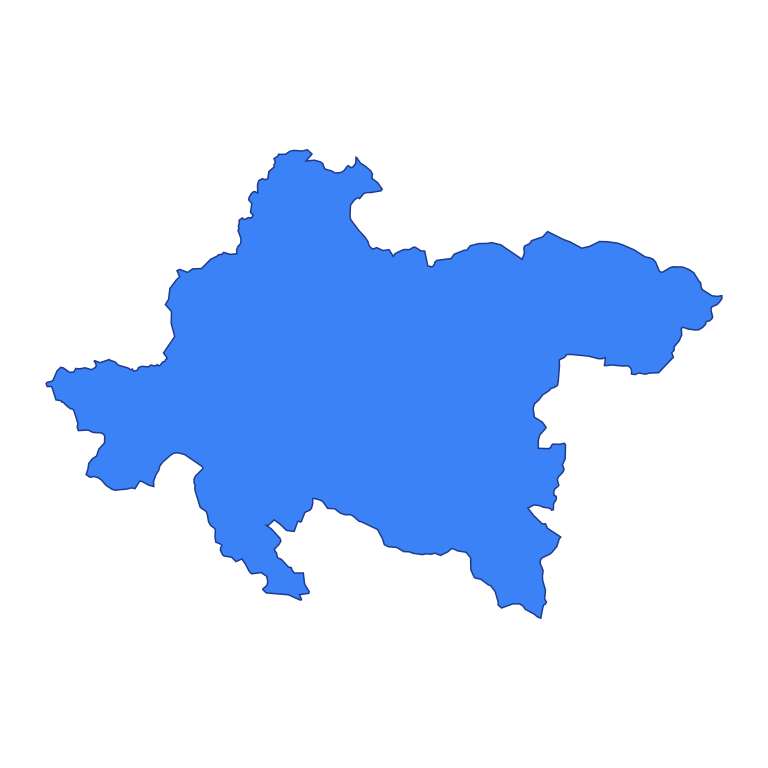 the district of Thuan Chau, Son La, Vietnam
{"feature_id": "81297802B46916310956334", "entity_name": "Thuan Chau", "entity_type": "district", "adm_level": 2, "iso_a3": "VNM", "parent_name": "Vietnam", "parent_adm1": "Son La", "projection": "albers", "projection_center": [103.593, 21.415], "detail": "fine", "context": "isolated", "style": "filled", "palette": "blue", "viewbox_px": 768, "rotation_deg": 0, "n_neighbors": 0, "source": "geoboundaries", "source_scale": "gbopen_adm2", "svg_char_len": 6089}
<svg xmlns="http://www.w3.org/2000/svg" viewBox="0 0 768 768"><path d="M135.0,488.7L139.6,481.2L141.8,481.4L148.8,485.2L153.8,486.5L153.5,481.6L155.8,475.0L158.7,470.4L159.8,466.1L162.6,462.2L170.4,455.3L173.9,453.1L178.1,452.8L184.8,454.6L202.0,466.4L203.0,467.8L202.5,469.1L195.5,476.0L194.0,479.1L194.1,483.1L195.3,485.4L194.8,486.8L195.0,490.3L200.2,507.3L205.9,511.3L207.1,513.4L208.6,521.9L210.6,525.4L214.6,528.4L215.4,530.2L215.0,536.9L215.8,542.1L220.8,544.2L221.9,545.3L220.6,548.0L220.4,550.2L222.5,554.7L224.0,556.0L231.6,557.2L236.0,561.6L241.9,558.9L245.7,564.6L249.4,571.6L251.5,573.8L261.1,572.6L266.7,576.3L267.8,582.1L266.7,585.7L262.8,588.9L262.8,589.6L266.2,592.9L288.5,594.8L300.0,600.0L301.3,599.9L301.4,598.9L299.3,594.7L308.9,593.3L309.1,591.4L305.1,585.1L304.4,582.7L303.3,573.0L294.2,573.0L292.1,570.2L291.2,567.6L288.3,567.0L281.5,559.4L277.9,557.9L277.2,556.8L276.5,552.9L274.4,550.2L274.8,548.7L278.9,544.5L280.8,541.2L280.6,539.9L279.9,538.2L271.4,528.9L266.2,525.3L268.5,525.2L274.3,519.9L280.0,524.1L286.5,530.4L294.2,531.4L297.6,521.7L298.6,521.2L300.4,522.1L301.3,521.6L304.9,512.4L310.0,510.1L311.5,508.2L312.7,503.6L312.7,498.7L313.8,498.4L320.4,500.1L322.8,501.6L327.7,508.4L334.6,508.7L340.3,513.1L345.3,514.8L349.7,514.6L352.3,515.4L359.0,521.2L361.5,521.8L377.6,529.5L382.5,538.8L384.3,544.6L388.4,546.7L396.6,547.4L403.7,551.6L409.3,551.8L412.6,553.2L422.1,554.6L426.4,553.8L431.0,554.2L435.0,553.2L440.6,555.4L447.7,551.9L451.3,548.8L453.3,548.7L457.4,550.8L466.1,552.3L470.6,557.8L470.9,570.0L474.2,577.3L475.7,578.2L480.6,579.1L488.4,584.9L490.6,585.6L495.1,591.4L498.1,601.7L498.1,604.9L501.5,608.0L512.7,603.9L519.4,603.8L522.6,605.6L525.4,609.4L534.2,614.1L537.5,616.9L540.8,618.2L542.9,607.1L543.7,605.0L545.6,603.9L546.4,602.0L544.6,598.8L545.5,590.4L542.7,580.5L542.4,576.3L543.1,570.5L540.2,563.4L540.3,560.6L541.9,557.9L549.8,554.2L552.0,552.3L556.8,546.6L559.1,539.3L560.7,537.0L547.4,528.2L545.5,523.8L542.3,523.8L541.2,522.9L533.6,515.5L527.9,508.1L533.9,504.9L539.3,505.6L544.0,507.4L548.5,507.9L550.8,508.9L551.6,510.2L553.4,509.7L553.6,503.4L555.7,500.7L556.4,498.6L556.2,496.3L553.9,495.2L553.8,491.5L554.9,488.9L558.3,486.1L558.8,485.0L557.3,480.0L558.1,477.2L563.0,472.0L563.9,470.0L564.0,468.8L562.4,464.9L565.2,458.8L565.5,444.8L564.4,443.3L559.6,444.3L553.0,444.1L552.2,444.5L550.3,447.9L548.5,448.6L538.3,448.3L538.3,440.3L539.6,435.3L546.0,427.9L546.0,427.2L542.3,422.1L534.4,417.2L533.1,408.4L534.4,404.0L538.9,399.9L542.6,394.9L549.3,390.5L551.0,388.3L553.7,387.7L557.4,385.5L558.2,381.9L559.5,365.5L559.2,360.0L564.7,357.2L566.6,354.6L571.0,354.4L588.3,356.1L598.5,358.7L602.1,358.7L605.2,357.7L604.9,363.5L604.2,364.8L604.8,365.7L612.4,365.0L622.9,366.1L627.5,365.8L629.5,366.8L630.9,368.5L631.6,370.6L631.4,374.0L632.8,374.3L635.5,374.5L638.7,372.9L645.1,374.2L649.6,373.1L658.6,372.7L673.4,357.2L671.7,352.7L674.1,350.4L674.0,347.0L679.0,341.0L681.7,335.1L681.3,328.6L682.2,327.6L683.9,327.5L688.0,329.0L695.3,330.0L698.9,329.7L702.5,327.5L705.2,324.9L706.4,321.5L709.7,320.8L712.2,318.3L712.6,316.8L710.9,309.8L711.7,306.9L717.1,304.6L719.8,301.7L721.9,298.5L721.8,295.6L717.6,296.4L712.0,295.8L702.3,289.6L701.2,287.3L700.6,282.7L698.9,281.0L693.8,272.8L688.9,269.5L682.8,267.1L673.3,266.8L670.2,267.6L662.5,272.2L660.4,272.0L659.0,270.4L655.6,262.1L653.2,259.3L649.7,257.8L645.1,256.9L634.2,249.9L622.4,244.8L617.4,243.1L607.3,241.7L599.5,241.5L589.5,246.4L581.8,248.2L569.8,241.8L563.4,239.5L547.6,231.6L542.7,236.9L531.7,240.6L529.6,243.6L524.6,246.1L523.9,248.1L524.4,253.1L522.2,259.4L500.7,244.8L491.5,242.6L487.8,243.4L478.5,243.6L470.2,245.8L466.8,250.2L464.3,250.2L454.2,254.2L451.2,258.5L436.7,260.4L434.7,262.5L434.5,263.9L433.0,266.3L431.6,266.8L427.8,265.9L424.7,251.0L421.1,250.9L415.1,247.2L413.5,247.2L409.5,249.6L403.8,249.5L396.5,252.8L394.6,254.2L393.3,256.5L389.1,249.7L382.8,250.5L376.6,247.6L372.9,249.1L370.6,247.5L369.0,245.3L367.9,241.5L365.0,237.1L358.6,230.2L350.8,219.7L350.0,216.1L350.5,205.1L354.1,200.3L357.0,198.0L358.4,197.9L359.6,198.6L363.7,193.5L366.5,192.6L370.9,192.5L381.1,190.8L382.2,189.2L377.6,182.6L372.0,178.4L372.4,174.2L370.7,170.9L365.4,166.2L360.5,163.2L356.8,157.8L356.0,157.3L355.7,163.4L352.5,167.5L350.9,167.5L348.3,165.7L347.0,166.5L344.1,170.6L341.3,172.4L335.4,173.1L331.5,170.9L324.7,168.9L322.8,163.7L320.8,162.0L314.3,160.2L306.1,161.0L312.0,154.0L307.4,149.8L302.2,151.0L293.7,150.4L289.6,151.4L285.5,154.3L278.6,154.3L277.8,156.1L274.0,158.6L275.4,162.3L274.0,164.6L274.1,167.0L268.8,171.7L267.9,178.4L265.6,179.8L262.2,178.7L258.7,180.7L257.5,185.1L257.7,193.0L254.6,191.5L253.6,191.7L251.4,193.5L249.1,197.4L248.7,199.9L251.8,203.5L250.5,212.5L253.1,215.2L251.5,217.9L248.2,217.6L245.3,219.4L243.5,219.3L242.3,217.9L239.1,220.3L239.2,223.8L238.4,225.9L238.9,229.1L238.0,230.4L240.9,238.3L240.9,242.0L240.5,243.8L237.8,246.7L236.6,250.2L236.9,253.7L230.2,254.4L223.7,252.4L221.8,254.4L218.6,254.7L217.0,256.2L210.6,259.3L201.6,268.5L192.6,268.9L187.6,272.4L179.8,269.4L177.0,270.6L179.7,277.0L176.6,279.6L169.9,288.5L168.6,299.3L165.4,304.6L171.1,311.1L171.5,312.3L171.2,323.2L174.7,336.5L163.5,353.0L167.4,358.3L165.5,359.7L164.8,361.5L162.9,361.9L159.7,365.7L158.6,365.7L157.2,364.6L154.9,366.1L151.1,365.0L148.2,366.9L142.3,366.3L138.7,367.4L137.4,370.0L135.0,371.0L133.0,370.7L132.5,369.1L129.9,369.7L129.2,368.6L127.5,367.8L118.1,365.1L115.1,361.9L109.6,360.1L109.4,359.5L100.0,362.7L94.8,360.7L94.2,361.1L95.8,363.6L96.2,366.1L95.2,367.5L91.7,369.7L85.0,367.8L79.9,368.8L75.7,368.5L73.9,371.9L69.6,372.4L63.5,368.0L60.7,367.3L57.0,371.0L53.1,380.2L51.9,381.2L47.0,382.4L46.1,383.7L47.2,386.5L51.3,386.5L51.9,387.1L56.0,399.9L61.1,400.7L61.6,401.9L63.3,402.3L67.0,406.1L70.6,408.8L72.4,408.9L73.8,410.3L78.0,423.7L77.2,426.8L78.3,430.6L88.0,430.0L92.9,432.4L100.9,432.9L103.0,433.8L104.7,435.8L104.5,442.9L98.8,449.2L96.5,456.1L92.3,458.8L88.7,463.5L88.0,468.9L86.1,474.6L90.1,477.3L94.2,476.5L97.9,477.6L101.3,479.9L106.1,485.4L111.7,489.1L114.6,490.2L126.5,489.1L131.7,487.9L135.0,488.7Z" fill="#3b82f6" stroke="#1e3a8a" stroke-width="1.5"/></svg>